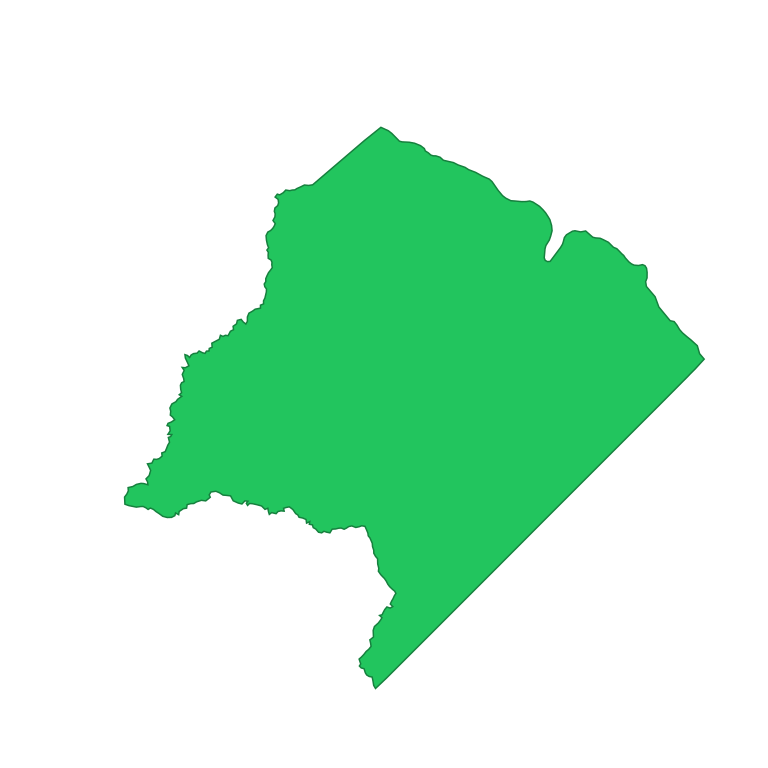 the district of Planaltina, Goiás, Brazil, rotated 315°
{"feature_id": "56859067B53448313015769", "entity_name": "Planaltina", "entity_type": "district", "adm_level": 2, "iso_a3": "BRA", "parent_name": "Brazil", "parent_adm1": "Goiás", "projection": "mercator", "projection_center": [-47.833, -15.26], "detail": "fine", "context": "isolated", "style": "filled", "palette": "green", "viewbox_px": 768, "rotation_deg": 315, "n_neighbors": 0, "source": "geoboundaries", "source_scale": "gbopen_adm2", "svg_char_len": 4959}
<svg xmlns="http://www.w3.org/2000/svg" viewBox="0 0 768 768"><g transform="rotate(315 384 384)"><path d="M129.8,276.3L127.6,278.8L124.3,280.0L120.6,280.5L115.8,285.8L117.6,289.6L121.8,295.9L125.3,298.6L127.1,300.3L128.1,303.2L128.5,305.9L131.1,306.5L132.3,309.7L132.6,313.1L133.3,316.4L134.0,321.1L136.3,325.1L139.5,328.1L143.0,329.2L145.4,327.8L146.4,331.2L149.0,329.3L154.0,330.3L156.6,332.2L159.5,330.1L162.7,331.9L165.0,334.0L168.1,334.8L172.6,337.1L175.3,340.6L178.7,341.0L181.1,341.2L182.0,338.8L185.3,338.0L189.3,341.0L190.8,344.7L191.6,348.7L193.8,351.3L196.4,354.6L194.8,360.0L196.7,365.0L198.7,368.4L203.0,368.3L204.9,370.7L202.3,371.0L201.7,373.4L204.4,373.4L206.4,375.7L208.8,379.5L211.2,383.7L211.2,388.5L214.0,389.7L211.9,392.8L210.7,395.1L213.6,395.5L216.0,399.4L218.9,399.2L221.5,400.9L223.5,403.3L225.1,400.9L227.3,402.0L230.2,403.9L230.8,408.3L229.9,413.2L230.5,415.6L229.7,418.2L231.7,421.2L233.1,424.7L230.9,427.6L234.2,428.8L232.0,430.4L233.8,433.0L232.4,435.5L233.2,438.3L232.9,442.5L234.7,445.2L237.4,445.7L238.6,448.1L240.5,451.0L244.7,450.0L247.3,452.3L250.1,454.0L251.9,455.6L253.1,458.5L255.4,459.3L258.3,459.9L260.9,461.6L262.6,465.5L265.6,467.4L268.0,468.5L269.9,471.2L268.6,474.6L267.2,478.0L265.5,480.2L265.2,482.9L263.1,488.3L260.9,490.9L259.2,494.3L257.1,496.5L256.1,500.0L255.9,503.0L252.3,506.8L250.0,510.6L247.6,512.5L246.9,516.6L246.8,519.3L246.8,521.7L246.2,525.0L245.1,528.4L244.7,531.3L244.8,535.4L245.1,538.0L244.3,540.5L241.8,541.0L238.6,542.2L235.9,542.9L232.9,544.0L232.8,547.6L229.9,546.8L228.4,543.7L225.1,544.0L222.1,544.9L219.5,545.8L217.2,544.5L217.3,547.8L214.6,548.5L211.0,549.0L205.8,548.7L202.1,550.6L197.6,555.5L193.1,554.9L191.2,557.9L189.3,560.4L185.6,560.8L182.3,560.5L178.4,561.0L175.0,561.1L171.9,560.9L169.6,565.5L167.2,566.0L167.1,568.7L168.6,571.2L166.6,575.0L166.0,577.5L166.7,580.3L168.4,582.8L166.3,586.1L163.6,589.8L162.7,593.3L177.8,593.7L226.8,593.7L328.8,593.7L398.0,593.6L467.2,593.6L490.1,593.6L528.0,593.6L531.3,593.6L534.5,593.6L545.3,593.6L550.8,593.6L559.6,593.6L571.8,593.6L597.5,593.5L603.8,593.5L607.2,593.4L614.7,593.4L628.0,592.8L628.6,585.7L632.6,578.5L632.2,569.7L631.7,565.3L631.2,558.8L631.5,554.4L632.8,549.4L633.3,545.0L631.1,541.6L632.8,523.9L637.4,514.0L638.5,500.6L641.4,496.6L645.0,495.0L649.0,491.1L651.5,487.8L652.2,484.9L651.2,482.4L647.8,480.2L644.9,476.8L643.9,474.0L643.5,470.8L643.8,465.4L644.4,462.6L644.2,460.1L644.3,456.7L644.3,452.9L642.9,449.6L642.9,442.5L641.1,437.0L639.9,433.8L636.9,430.3L635.4,427.8L634.8,418.4L630.6,415.5L627.4,410.7L625.3,409.2L618.6,407.5L615.1,408.0L611.2,410.3L609.0,411.4L605.4,412.3L588.2,414.8L586.1,413.0L585.4,410.6L586.5,408.1L593.4,402.3L596.3,400.6L602.7,399.1L606.4,397.3L611.2,394.5L614.6,390.4L617.5,385.1L618.5,381.0L619.3,377.2L619.6,373.3L619.6,368.4L618.0,360.8L616.5,357.7L613.4,355.4L610.3,352.4L605.9,347.1L603.3,344.1L601.5,338.7L601.0,334.6L601.6,327.8L603.5,317.3L603.3,313.5L601.5,309.0L600.6,306.6L598.4,299.1L595.4,292.3L594.5,288.1L591.3,281.5L589.7,276.6L584.2,267.8L584.0,263.3L582.0,259.4L580.1,257.4L579.0,255.2L578.8,251.9L578.0,248.4L579.0,246.1L578.4,241.4L575.9,235.4L572.8,230.9L568.0,225.6L566.6,223.2L566.7,212.5L566.2,208.2L563.3,200.3L542.4,198.0L474.4,192.7L471.1,190.3L468.4,187.0L464.8,185.8L460.6,184.2L458.2,183.7L456.3,182.0L454.0,180.6L451.7,177.4L448.0,177.5L444.0,176.5L442.8,174.3L439.2,174.8L439.7,178.6L437.5,181.4L435.0,182.7L431.4,182.4L428.6,184.3L427.4,186.7L425.0,188.7L421.1,189.9L420.5,193.7L417.7,194.8L415.2,195.3L412.3,195.3L409.3,194.4L405.5,195.7L402.5,199.3L400.1,203.0L398.7,206.1L395.9,206.5L395.3,209.1L393.2,210.9L391.0,213.3L391.8,216.4L390.8,218.8L389.0,220.3L387.3,222.7L384.5,223.2L381.1,223.6L377.6,224.8L374.9,225.9L372.8,228.0L370.0,228.6L368.5,230.9L368.1,233.7L365.8,235.8L362.7,237.7L360.6,239.0L357.6,240.0L355.5,242.2L352.4,240.9L350.3,243.0L345.8,240.0L342.5,239.5L338.6,238.4L334.8,240.0L331.7,243.1L328.7,243.9L328.3,240.7L328.7,237.3L325.3,235.3L322.3,237.2L318.1,236.5L316.0,239.2L312.7,238.1L307.9,239.6L306.3,237.4L303.8,236.5L302.8,233.9L299.2,235.9L295.3,234.7L291.1,233.4L288.5,236.5L285.6,235.3L283.6,236.9L281.7,235.2L279.1,235.8L277.8,233.7L276.6,229.9L273.6,230.0L270.8,227.8L268.1,227.1L265.3,227.8L265.2,224.9L264.0,222.5L261.9,225.2L260.1,230.2L258.9,233.2L255.0,232.0L253.0,229.6L252.3,233.1L248.1,234.6L246.2,238.5L244.4,240.9L241.8,240.0L239.2,240.9L236.6,243.9L234.7,247.0L231.6,246.8L232.3,249.7L227.2,248.9L224.4,249.4L219.9,248.1L215.6,249.6L213.9,252.5L210.9,254.9L211.2,257.7L210.7,261.3L206.7,260.5L203.5,259.1L201.2,260.0L202.4,262.4L199.7,265.9L195.6,266.8L198.2,269.7L195.9,270.3L193.7,269.3L191.2,273.5L187.8,274.4L184.7,275.8L181.4,277.1L178.1,275.6L176.1,278.1L172.4,277.8L170.0,276.6L168.1,274.4L163.9,275.8L160.3,273.2L159.2,276.5L157.9,280.1L153.2,282.7L148.6,282.8L147.6,286.1L145.8,288.3L143.7,284.5L141.9,282.4L137.9,279.9L133.9,278.9L129.8,276.3Z" fill="#22c55e" stroke="#15803d" stroke-width="1.5"/></g></svg>